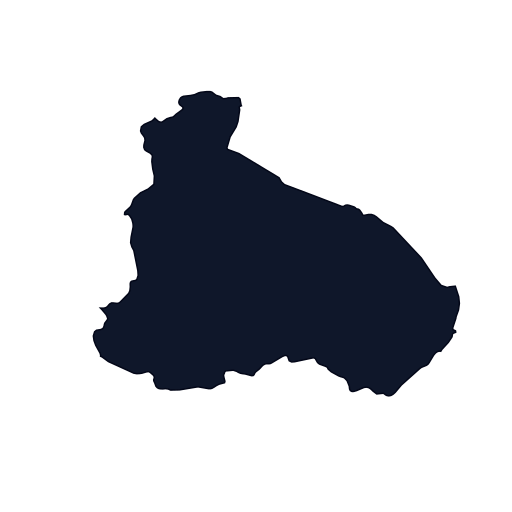 the border of Nord, rotated 342°
{"feature_id": "CMR-1483", "entity_name": "Nord", "entity_type": "Province", "adm_level": 1, "iso_a3": "CMR", "parent_name": "Cameroon", "parent_adm1": "", "projection": "orthographic", "projection_center": [13.766, 8.625], "detail": "fine", "context": "isolated", "style": "filled", "palette": "ink", "viewbox_px": 512, "rotation_deg": 342, "n_neighbors": 0, "source": "natural_earth", "source_scale": "10m", "svg_char_len": 3969}
<svg xmlns="http://www.w3.org/2000/svg" viewBox="0 0 512 512"><g transform="rotate(342 256 256)"><path d="M288.5,108.6L287.0,108.7L286.1,109.1L285.9,109.9L285.8,110.9L285.6,112.0L280.4,122.5L277.0,127.1L268.2,134.7L261.7,144.2L261.9,145.8L271.4,153.3L302.1,188.7L303.1,193.4L305.1,196.9L329.1,216.1L353.0,235.4L354.7,235.9L355.7,235.6L356.7,235.4L357.6,235.5L358.6,235.7L360.1,236.5L364.4,239.6L365.3,240.7L365.9,242.0L366.6,242.5L367.4,242.8L368.2,243.5L368.8,244.5L369.7,247.3L370.0,248.6L370.0,249.6L370.4,250.3L371.8,250.8L375.9,251.3L378.6,252.2L380.8,253.8L382.6,256.0L387.2,263.4L393.4,269.6L395.1,271.7L398.0,277.9L412.6,309.0L419.3,332.3L423.0,341.2L428.1,345.0L430.5,345.1L433.9,345.8L436.2,346.3L436.2,357.4L434.8,363.9L431.9,369.9L427.5,375.6L426.7,377.2L420.9,385.1L420.5,386.8L422.6,388.8L422.4,390.2L421.9,390.3L419.9,390.4L419.2,390.6L418.6,391.2L417.7,393.0L417.3,393.6L412.2,397.6L403.9,402.3L402.3,403.7L402.0,403.5L401.1,403.2L399.9,403.0L398.5,403.1L396.7,403.7L394.3,405.2L387.6,411.0L386.2,412.0L384.5,412.6L382.0,412.8L380.3,412.9L378.6,413.1L376.9,413.7L354.4,423.6L346.4,428.6L345.1,429.2L343.7,429.8L342.5,430.1L341.3,430.3L340.0,430.2L338.7,429.9L337.2,429.0L336.5,428.3L334.8,425.9L328.2,424.5L325.5,420.6L324.8,419.2L323.8,417.5L322.6,416.1L320.9,415.0L319.4,414.6L317.9,414.4L310.1,415.1L307.5,415.0L306.2,414.8L305.0,414.2L304.1,413.1L303.9,411.5L304.2,410.0L304.5,408.6L304.1,402.7L302.4,399.2L300.8,397.9L299.5,397.1L297.6,395.6L291.8,389.4L289.7,385.9L289.5,384.1L288.9,383.2L287.7,382.1L283.2,378.6L282.6,377.9L282.0,377.0L281.5,375.8L280.7,371.9L279.9,371.0L278.9,370.5L260.1,368.5L257.2,367.8L256.1,366.8L255.2,365.9L255.1,361.1L253.8,359.8L252.5,359.5L250.0,359.7L237.7,362.5L236.4,362.7L235.2,362.5L232.5,361.6L231.0,361.5L229.1,361.9L227.6,362.6L225.0,364.1L223.8,364.7L219.9,366.1L218.8,366.8L217.4,368.3L216.3,368.8L214.9,368.5L209.2,364.8L206.8,363.7L205.0,362.7L203.2,361.1L202.1,359.8L199.1,357.6L191.6,355.9L190.4,356.6L189.6,357.8L188.5,359.0L188.2,359.9L188.0,361.3L187.7,365.6L186.9,366.8L181.2,366.5L178.2,367.0L175.7,367.7L173.2,368.2L171.7,368.1L170.1,367.6L160.8,362.7L159.3,362.3L142.0,359.7L133.3,357.1L131.5,355.4L128.8,354.1L127.7,353.9L126.3,353.6L123.7,352.6L122.4,351.8L121.4,350.7L120.6,348.9L120.5,345.6L120.2,343.1L120.5,342.0L121.2,341.1L121.8,340.0L121.9,338.9L121.6,337.7L119.4,334.0L118.4,332.9L116.7,332.4L115.2,332.3L111.2,332.2L108.5,331.7L106.1,331.0L103.5,329.6L83.0,310.8L78.5,304.5L77.2,303.3L77.6,302.4L77.7,300.2L76.0,291.4L75.8,286.4L76.6,281.8L79.1,278.2L81.4,277.3L85.6,278.0L87.9,277.7L89.1,276.7L90.0,275.5L90.7,274.2L91.5,273.1L94.8,270.8L95.7,269.8L95.6,266.8L95.3,265.3L92.8,259.1L92.0,257.5L94.9,258.5L96.5,258.7L98.0,258.6L99.7,257.8L100.9,257.0L102.3,256.3L104.2,256.0L105.6,256.5L109.1,258.1L110.7,258.4L112.3,258.0L123.4,252.2L125.3,250.1L126.9,246.6L127.8,243.5L128.6,242.2L129.8,241.6L131.4,241.7L132.7,241.9L134.1,242.0L135.5,241.4L137.9,238.1L139.1,233.5L141.5,213.0L140.8,209.0L140.9,204.6L143.1,199.4L148.1,190.5L148.7,188.6L149.1,186.6L149.3,182.3L148.4,179.0L147.4,176.8L144.3,176.3L143.8,175.9L144.6,174.0L145.3,173.4L151.6,170.5L152.5,169.8L153.7,168.6L156.8,164.6L158.2,163.5L165.7,160.2L174.1,159.0L181.1,156.2L184.1,148.4L184.7,141.4L186.1,134.1L187.1,131.5L188.1,129.7L188.4,127.9L187.2,125.5L184.1,122.2L183.0,120.5L182.9,118.0L183.7,115.8L186.2,111.8L186.7,109.2L186.2,107.1L185.0,103.6L184.9,101.4L186.9,97.7L190.4,96.3L198.8,95.4L200.8,94.5L202.4,93.6L202.7,94.3L204.9,98.0L205.9,98.8L207.2,99.5L208.5,99.5L213.7,97.9L217.6,97.9L219.7,98.2L221.3,97.7L223.8,96.5L230.7,94.2L232.0,93.4L232.5,92.3L232.1,91.2L230.4,88.8L230.0,87.6L230.0,86.4L230.5,85.1L231.4,83.8L233.2,82.3L234.8,81.8L236.4,81.7L243.2,83.1L247.4,83.6L251.8,83.1L254.0,83.2L259.8,84.4L263.2,85.5L264.7,86.5L267.4,90.5L267.8,90.9L271.2,93.3L273.4,96.3L276.6,97.0L278.3,97.0L288.3,100.0L289.3,101.7L288.4,108.3L288.5,108.6L288.5,108.6Z" fill="#0f172a" stroke="#020617" stroke-width="1.5"/></g></svg>